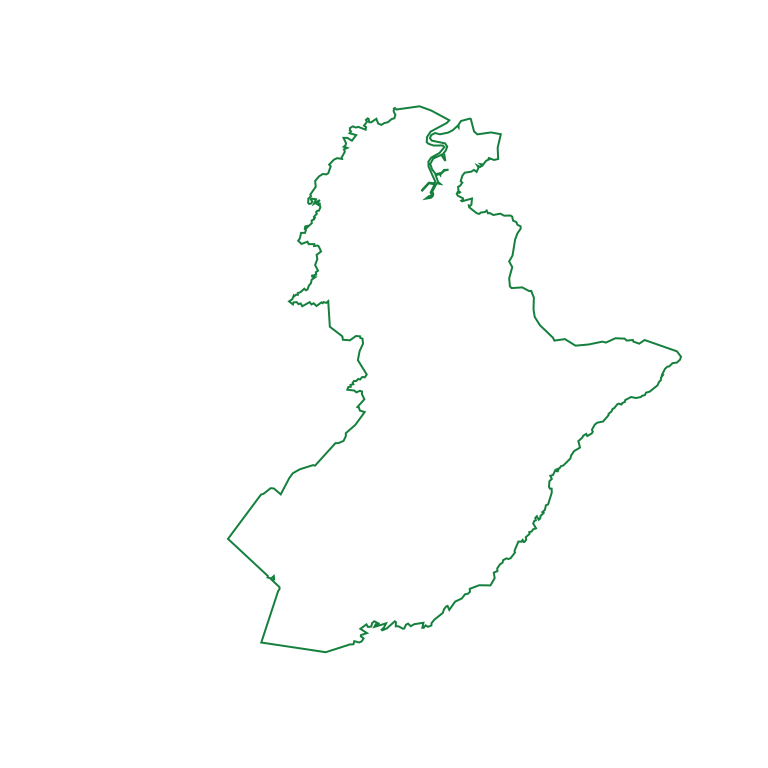 outline of Capira, Panama, rotated 233°
{"feature_id": "35544464B53871457264549", "entity_name": "Capira", "entity_type": "district", "adm_level": 2, "iso_a3": "PAN", "parent_name": "Panama", "parent_adm1": "", "projection": "equal_earth", "projection_center": [-79.949, 8.817], "detail": "fine", "context": "isolated", "style": "outline", "palette": "green", "viewbox_px": 768, "rotation_deg": 233, "n_neighbors": 0, "source": "geoboundaries", "source_scale": "gbopen_adm2", "svg_char_len": 6166}
<svg xmlns="http://www.w3.org/2000/svg" viewBox="0 0 768 768"><g transform="rotate(233 384 384)"><path d="M233.8,637.6L262.3,618.6L262.6,612.1L267.8,608.7L269.4,609.2L272.6,604.0L275.5,603.4L281.3,596.3L283.5,586.2L286.4,583.9L292.4,571.2L299.4,560.0L311.0,555.5L316.1,546.2L319.3,546.8L337.0,543.9L346.8,544.7L353.6,548.3L362.8,555.7L369.8,557.6L370.8,555.9L378.0,552.5L383.8,543.6L386.2,543.3L393.1,547.6L400.2,556.8L406.6,557.7L409.2,563.9L420.5,575.7L424.0,581.2L425.8,586.6L427.7,588.0L430.8,586.4L433.8,587.1L436.7,585.4L440.6,587.1L442.5,586.3L446.1,581.3L450.0,579.4L453.2,573.0L456.7,571.5L457.7,569.8L460.7,570.4L460.6,568.0L462.6,564.7L462.6,562.3L464.7,560.8L473.8,558.4L475.5,559.2L474.4,560.0L474.6,561.7L479.2,565.9L483.0,556.2L483.9,556.0L483.6,558.0L484.9,558.8L489.9,556.3L492.1,556.5L492.9,558.3L491.4,559.0L491.4,560.2L493.3,559.6L496.9,561.9L496.5,564.0L497.7,567.7L499.8,567.3L503.2,571.9L504.2,575.6L501.0,581.6L500.9,584.7L497.7,585.6L499.9,589.8L502.3,590.0L499.5,591.4L499.2,593.7L501.5,593.4L499.6,595.3L500.8,600.0L500.0,603.7L502.1,603.3L496.7,606.7L495.0,610.6L504.2,616.9L513.2,627.6L520.5,620.9L527.2,608.8L531.5,607.9L543.4,612.8L544.3,612.3L547.7,603.7L546.3,599.7L544.2,598.1L545.9,598.2L545.3,591.5L546.2,586.4L549.8,578.9L553.7,575.8L554.4,571.5L552.7,568.6L549.5,568.7L539.4,577.6L535.6,577.4L533.3,573.9L532.1,569.1L530.8,570.2L525.2,567.2L532.5,567.7L534.4,559.0L531.9,553.3L526.4,551.6L520.3,551.6L518.0,557.3L518.8,560.8L516.3,564.5L518.0,560.7L517.6,555.5L516.8,554.7L518.2,554.7L519.6,550.9L512.8,548.8L509.9,549.4L512.6,546.8L508.6,538.4L506.0,537.7L504.6,535.8L504.5,533.5L506.9,528.9L507.0,532.7L505.6,535.8L508.9,536.5L512.9,544.5L517.2,540.8L515.3,530.1L516.1,531.3L517.8,541.1L514.3,544.6L514.6,546.7L530.8,550.4L534.8,553.2L536.4,557.9L535.1,567.4L536.9,574.8L539.2,574.4L544.5,567.2L548.9,564.2L551.4,563.6L555.4,567.1L557.5,573.1L554.7,591.3L555.3,594.9L574.1,586.2L584.4,579.5L595.8,559.0L597.8,558.9L598.0,557.6L595.7,555.7L592.0,555.0L590.0,552.2L591.0,549.4L590.7,544.7L592.2,541.3L592.5,537.9L595.5,536.1L600.4,537.5L600.7,531.3L601.9,529.7L605.1,531.3L606.0,530.7L605.7,528.4L603.7,528.4L602.4,523.5L599.9,524.3L598.2,522.4L604.8,518.2L605.8,515.8L608.5,514.2L608.9,511.0L607.3,509.4L605.6,509.7L605.0,507.4L599.5,511.6L597.6,504.8L602.6,502.9L604.9,499.8L599.2,498.6L597.8,497.0L597.7,494.6L594.7,496.7L595.5,493.2L593.0,492.5L590.5,486.6L589.0,486.0L592.6,482.4L593.3,479.0L592.2,472.2L590.0,472.5L585.9,466.4L586.1,464.1L588.6,461.4L588.9,457.0L587.6,451.2L582.6,448.2L579.6,439.1L577.9,438.7L577.6,435.2L574.2,432.4L572.8,432.6L572.0,434.6L572.8,436.5L575.5,436.7L575.6,437.7L572.4,440.9L570.1,436.5L569.6,443.5L568.4,439.2L566.2,441.9L566.9,439.2L564.6,440.1L563.2,439.3L561.6,436.3L562.5,435.0L562.1,433.2L560.4,432.8L559.7,428.8L558.4,428.9L558.6,427.8L557.6,427.3L558.1,424.6L555.9,423.1L555.2,416.2L556.5,417.6L557.2,415.9L555.5,414.0L554.0,414.3L552.2,411.9L554.6,408.7L550.9,404.4L550.1,401.7L545.5,402.4L543.7,408.5L541.0,408.0L537.7,412.5L536.3,411.2L534.5,414.3L533.2,414.7L527.7,413.5L527.7,407.9L523.9,405.9L520.5,400.6L514.2,399.5L514.3,396.8L512.2,395.6L513.8,391.7L512.9,391.3L510.7,393.4L510.8,389.0L508.5,386.3L507.8,383.2L505.5,379.7L505.9,378.0L508.1,377.7L507.6,372.7L508.5,369.8L507.1,368.9L508.3,367.3L508.1,365.2L509.0,365.2L506.9,361.8L507.1,357.9L502.4,359.2L503.6,360.9L501.9,363.6L499.3,363.7L498.5,365.9L495.3,365.5L494.1,373.9L491.2,373.9L490.8,376.4L486.9,377.0L486.8,383.2L485.4,383.7L485.8,385.0L483.5,386.8L483.7,389.3L462.3,375.2L447.1,379.4L444.1,377.8L439.4,383.1L439.2,390.5L436.4,393.6L435.1,392.8L433.1,394.1L428.8,391.5L425.0,384.4L418.8,377.5L401.9,375.9L400.9,372.6L402.7,370.9L402.0,367.6L403.5,366.5L403.1,363.4L404.5,362.0L403.8,359.7L402.3,359.4L403.4,356.6L401.8,355.8L403.0,353.6L401.5,351.3L396.7,356.3L394.0,356.9L393.0,360.7L391.2,361.9L389.3,360.3L383.6,359.1L381.6,348.9L380.2,349.8L377.4,348.7L373.2,351.7L368.6,336.4L367.7,323.9L365.3,322.1L362.9,317.4L364.2,312.1L366.0,309.6L360.3,279.8L361.9,278.5L366.5,265.6L367.6,257.6L365.9,251.8L358.0,235.1L366.8,233.2L369.0,230.8L368.8,221.8L369.7,219.1L354.2,166.2L300.6,175.7L299.6,174.6L296.6,176.8L296.9,180.4L294.0,178.7L295.0,176.5L284.7,178.3L283.1,177.2L282.3,174.8L251.4,130.4L204.9,176.0L196.5,200.1L194.5,202.9L196.5,205.5L192.5,208.6L191.9,211.4L193.1,214.6L196.4,213.6L197.3,214.5L195.3,220.5L202.7,217.8L202.6,225.3L199.6,225.0L197.9,227.9L200.2,230.6L200.4,233.4L195.9,235.6L195.5,234.4L197.1,232.7L195.8,230.1L191.6,241.6L189.5,237.3L189.2,234.3L188.3,234.4L187.1,239.3L188.0,249.8L186.7,250.2L183.4,247.6L181.6,249.9L177.2,251.8L176.6,253.1L178.5,256.6L178.2,259.0L174.5,259.6L174.0,263.5L169.6,271.8L166.2,267.9L165.4,269.0L166.2,271.9L163.6,273.0L162.6,276.5L164.4,278.0L165.5,282.5L165.8,293.1L168.1,296.6L168.9,299.9L168.5,301.2L164.3,300.2L167.4,309.9L165.9,317.0L167.3,322.2L166.0,324.8L166.3,327.6L168.8,329.2L166.0,338.9L159.1,347.8L162.3,355.5L167.3,358.2L166.3,361.9L168.6,363.5L170.2,368.2L170.0,371.2L171.6,373.1L171.1,376.8L169.3,378.1L168.7,380.3L170.6,387.2L172.2,387.8L177.3,396.5L175.5,398.6L176.0,400.9L173.9,400.3L173.3,401.3L174.1,403.9L176.3,405.0L176.7,410.0L178.3,410.9L177.3,413.2L178.2,415.5L177.3,418.6L182.8,419.2L184.1,421.3L183.8,423.3L185.9,424.1L186.4,426.5L182.5,425.9L182.6,427.8L184.5,429.7L184.9,433.9L186.4,433.4L186.6,436.7L189.7,440.3L189.1,442.6L196.2,452.5L199.5,454.9L200.7,453.5L202.6,453.9L206.8,457.6L207.2,460.9L210.6,461.6L209.6,464.2L211.7,468.1L209.7,470.3L210.6,471.6L211.9,470.7L211.1,473.7L211.9,475.8L211.0,478.1L212.3,487.9L214.3,490.5L216.0,495.4L215.3,502.3L221.4,504.8L221.9,510.4L222.8,511.8L222.4,515.5L220.1,515.1L219.5,520.3L220.3,522.1L222.3,522.5L224.7,527.8L224.8,531.0L222.2,536.4L224.0,544.7L225.0,545.3L225.2,549.3L226.6,551.7L226.1,553.1L227.4,558.1L227.0,559.7L224.7,561.3L225.4,563.0L224.7,565.5L226.0,567.0L224.9,573.5L221.2,576.8L219.0,581.3L219.3,583.0L218.1,585.6L219.4,588.0L218.0,591.6L218.3,601.5L220.3,605.3L220.3,607.2L222.4,609.1L223.3,612.2L224.1,611.6L227.0,617.6L227.3,620.7L226.4,622.4L227.0,627.0L224.8,630.9L225.3,635.1L227.0,637.6L233.8,637.6Z" fill="none" stroke="#15803d" stroke-width="2"/></g></svg>